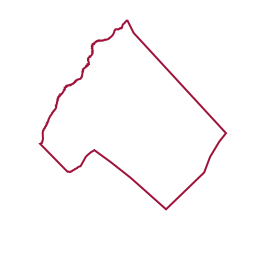 outline of Gagaifomauga III, Gaga'ifomauga, Samoa, rotated 316°
{"feature_id": "51752279B86884772728329", "entity_name": "Gagaifomauga III", "entity_type": "district", "adm_level": 2, "iso_a3": "WSM", "parent_name": "Samoa", "parent_adm1": "Gaga'ifomauga", "projection": "albers", "projection_center": [-172.519, -13.545], "detail": "fine", "context": "isolated", "style": "outline", "palette": "rose", "viewbox_px": 256, "rotation_deg": 316, "n_neighbors": 0, "source": "geoboundaries", "source_scale": "gbopen_adm2", "svg_char_len": 5000}
<svg xmlns="http://www.w3.org/2000/svg" viewBox="0 0 256 256"><g transform="rotate(316 128 128)"><path d="M202.2,50.5L201.6,50.1L201.5,49.8L200.1,49.9L198.6,50.1L197.6,50.1L196.7,50.0L196.1,50.0L195.7,50.2L194.7,50.8L194.1,51.2L193.9,51.3L193.2,51.7L192.9,51.7L192.9,51.4L192.3,51.6L192.2,51.5L192.2,51.0L191.8,50.8L191.4,50.8L191.1,50.8L191.0,50.6L190.7,50.7L190.2,50.4L189.7,50.5L189.3,50.2L189.1,50.0L188.9,49.5L188.5,49.2L188.2,48.8L187.6,48.4L187.2,48.3L186.7,48.6L186.1,48.7L185.7,48.7L185.4,48.9L184.5,49.5L183.8,49.8L183.4,49.9L182.9,50.2L182.2,50.4L181.6,50.5L181.2,50.6L180.9,50.6L180.5,50.6L179.3,50.6L178.5,50.5L177.6,50.5L176.8,50.3L176.6,50.5L176.2,50.3L175.7,50.2L175.1,50.1L174.6,49.8L174.2,49.7L173.6,49.3L173.3,48.8L173.0,48.7L172.9,48.6L172.6,48.6L172.5,48.3L172.2,48.1L171.5,48.1L170.8,47.7L170.6,47.4L170.3,47.1L170.1,47.2L169.9,46.9L169.5,46.7L169.1,46.3L169.0,46.0L168.8,46.0L168.5,45.6L168.1,45.5L167.9,44.9L167.7,45.0L167.6,44.8L167.4,44.8L167.3,44.5L166.8,44.4L166.6,44.0L166.3,43.9L165.9,43.8L165.6,44.0L165.3,43.7L165.0,43.8L164.9,43.7L164.4,43.5L163.9,43.8L163.4,43.6L162.3,43.4L162.0,43.8L161.9,43.6L161.7,43.4L161.4,43.5L161.0,43.4L160.8,43.1L160.4,43.3L160.4,43.5L160.0,43.5L159.8,43.7L159.2,43.7L159.0,43.9L159.1,44.2L158.7,44.1L158.1,45.0L158.2,45.3L158.0,45.7L157.4,45.8L157.5,46.1L157.2,46.4L157.0,46.6L156.6,47.1L156.6,47.4L156.3,47.5L156.2,48.0L155.8,48.3L155.6,48.5L155.3,48.3L155.2,48.7L154.9,48.8L154.8,49.2L154.6,49.2L154.4,49.6L154.0,49.6L153.9,49.8L153.4,49.9L152.5,50.3L151.9,50.4L151.0,50.3L150.3,50.4L150.1,50.0L149.8,50.3L149.6,50.1L149.1,50.2L148.5,50.0L147.8,50.2L147.5,50.4L147.2,51.0L146.9,50.9L146.8,51.1L146.6,51.2L146.2,51.5L146.2,51.8L145.9,52.2L145.8,52.6L145.6,53.1L145.4,53.6L145.0,54.0L144.5,54.1L144.4,54.4L144.2,54.3L144.1,54.6L143.9,54.4L143.7,54.6L143.4,54.4L143.4,54.6L143.2,54.8L142.7,54.6L142.6,54.8L142.4,54.7L142.1,54.9L142.0,54.7L141.7,54.5L141.4,54.6L141.1,54.8L140.9,54.6L140.7,54.8L140.3,54.8L140.3,54.7L140.0,54.9L139.5,54.9L139.0,54.8L138.8,54.6L138.5,54.6L138.2,54.5L137.3,54.5L136.6,54.9L136.3,54.7L136.2,55.0L135.9,55.3L135.6,55.2L135.3,55.3L135.0,55.5L134.9,55.8L134.6,55.6L134.4,55.7L134.2,56.1L134.1,56.5L133.9,56.6L133.5,56.7L132.6,57.6L131.7,58.1L131.3,58.4L130.8,58.6L130.6,59.0L130.3,59.1L129.4,59.2L129.3,59.4L128.7,59.5L127.8,59.5L127.4,59.3L126.7,58.8L126.0,58.6L125.9,58.4L125.4,58.3L125.1,58.1L124.9,58.1L124.8,57.9L124.2,57.8L124.2,58.0L123.8,58.0L123.7,57.9L123.3,58.0L122.5,57.7L122.4,58.0L122.2,57.9L121.9,58.1L121.7,57.9L121.1,57.9L120.7,58.1L120.4,57.9L120.2,58.1L119.9,58.1L119.6,57.9L119.2,58.0L118.6,57.8L118.2,57.5L117.6,57.5L117.3,57.5L116.9,57.0L116.6,57.2L116.4,56.9L116.1,57.1L115.9,57.0L115.8,56.7L115.3,56.3L115.1,56.3L115.0,56.1L114.7,56.1L114.3,55.6L114.0,55.6L113.9,55.3L113.7,55.2L113.4,55.5L112.9,55.3L112.6,55.0L112.2,55.5L111.9,55.2L111.7,55.4L111.3,55.4L111.2,55.3L110.8,55.4L110.5,55.1L110.3,55.4L110.0,55.5L109.8,55.9L109.5,55.9L109.1,56.1L108.7,56.1L108.7,56.3L108.4,56.2L108.2,56.5L107.4,56.7L106.9,56.8L105.9,57.1L105.0,57.3L104.1,57.4L103.8,57.3L103.1,57.3L102.9,57.0L102.7,57.3L102.2,57.1L102.2,57.4L101.6,57.4L101.2,57.6L101.0,57.1L100.9,57.1L100.8,57.4L100.6,57.4L100.4,57.3L100.1,57.3L99.9,57.5L99.7,57.5L99.4,57.7L99.1,57.8L98.9,57.6L98.7,58.0L98.4,57.9L97.7,58.1L97.5,58.5L97.3,58.3L97.0,58.5L97.0,58.8L96.7,58.9L96.7,59.2L96.1,59.4L96.0,59.7L95.7,59.8L95.1,59.9L94.6,60.3L94.4,60.6L94.2,60.6L93.9,61.0L93.7,61.0L93.3,61.2L93.0,61.5L92.1,61.6L92.0,62.0L91.7,61.9L91.6,62.2L91.4,62.3L91.1,62.7L91.0,63.0L90.6,63.3L89.8,63.6L89.3,63.7L88.8,64.0L88.0,64.1L87.1,64.0L86.5,64.3L86.2,64.1L85.9,64.3L84.5,64.5L84.3,64.4L83.6,64.6L83.5,64.8L83.2,64.8L82.6,65.1L82.0,65.2L81.6,65.3L81.0,65.3L80.1,65.4L79.6,65.6L79.3,65.8L78.8,65.9L78.5,66.1L77.9,66.2L77.2,66.6L76.8,66.6L75.9,67.3L75.6,67.4L75.5,67.7L74.7,67.8L74.3,67.8L74.2,67.9L73.9,67.9L73.8,68.3L73.5,68.5L73.3,68.4L73.2,68.6L72.7,68.7L72.5,68.8L72.1,68.8L71.9,68.7L71.6,69.2L70.9,69.5L70.6,69.4L70.4,69.6L69.6,69.7L69.2,69.6L68.9,69.9L68.3,70.1L68.1,70.3L67.5,70.2L67.3,70.3L66.5,70.3L66.3,70.6L65.9,70.7L65.7,70.9L65.3,71.0L64.9,71.0L64.8,71.3L64.4,71.5L64.0,71.7L63.4,72.1L63.0,72.5L62.9,72.7L62.5,73.2L61.9,73.7L61.7,74.0L61.3,74.4L60.9,74.8L60.5,75.4L59.8,76.2L58.5,77.4L57.8,77.8L57.5,77.8L57.3,78.1L56.9,78.4L56.2,78.6L55.9,78.8L55.8,78.6L55.3,78.6L54.7,78.6L53.8,78.3L54.1,117.3L54.4,117.4L54.7,117.6L54.9,118.1L55.4,119.0L55.7,119.4L56.7,119.6L57.1,120.0L57.4,120.1L57.8,120.0L58.5,120.1L59.2,120.3L59.8,120.4L60.7,120.8L61.4,120.7L61.6,120.7L62.8,121.3L63.4,121.5L63.6,121.4L64.4,121.4L65.8,121.7L66.4,122.0L67.0,122.4L67.2,122.5L69.4,121.9L70.5,121.6L72.3,121.0L73.5,120.7L74.7,120.3L76.6,119.7L77.2,119.5L78.2,119.4L80.3,119.4L83.3,119.6L84.4,119.7L84.8,119.7L86.2,120.1L87.5,120.4L88.4,120.5L91.9,140.6L95.3,165.6L98.9,212.9L106.4,212.9L116.1,212.9L127.9,212.9L142.2,212.9L145.7,212.9L151.9,212.9L167.0,205.8L184.2,201.2L194.9,199.8L198.1,63.5L202.2,50.5Z" fill="none" stroke="#9f1239" stroke-width="2"/></g></svg>